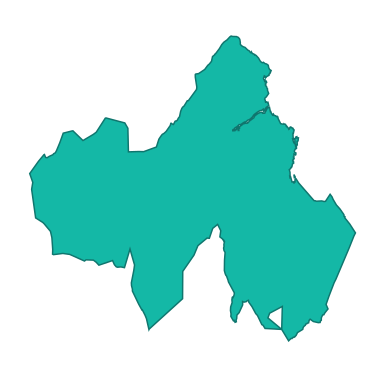 the district of Skien nor, Telemark, Norway, rotated 267°
{"feature_id": "86288312B28765776683305", "entity_name": "Skien nor", "entity_type": "district", "adm_level": 2, "iso_a3": "NOR", "parent_name": "Norway", "parent_adm1": "Telemark", "projection": "robinson", "projection_center": [9.524, 59.266], "detail": "fine", "context": "isolated", "style": "filled", "palette": "teal", "viewbox_px": 384, "rotation_deg": 267, "n_neighbors": 0, "source": "geoboundaries", "source_scale": "gbopen_adm2", "svg_char_len": 6052}
<svg xmlns="http://www.w3.org/2000/svg" viewBox="0 0 384 384"><g transform="rotate(267 192 192)"><path d="M259.3,76.3L259.2,75.1L257.5,66.5L248.2,62.6L240.5,58.9L238.3,57.6L237.5,55.9L236.5,55.0L235.1,51.4L233.8,49.1L234.2,47.6L237.2,46.6L237.0,46.1L230.7,40.3L218.9,30.9L209.9,33.5L203.1,32.0L174.3,34.5L169.4,41.4L168.0,42.7L160.1,48.6L153.7,49.7L141.9,49.9L137.2,49.5L136.7,50.4L137.4,59.8L136.1,66.6L128.7,81.0L129.8,82.7L129.1,90.0L127.0,92.5L123.8,95.2L127.7,109.1L123.5,110.7L121.3,112.4L120.8,113.6L120.9,117.1L120.0,120.6L138.3,127.1L122.1,130.8L116.9,129.8L104.5,126.7L101.6,126.7L98.2,127.4L96.2,127.3L82.8,132.9L76.8,135.8L77.0,136.2L71.3,138.7L67.9,139.9L56.9,141.8L57.3,142.0L85.9,177.0L113.2,178.6L128.9,190.7L138.1,195.1L145.2,204.6L144.9,206.9L154.6,210.8L158.3,215.9L151.8,218.7L145.7,217.5L143.4,220.1L142.7,220.3L142.6,220.8L141.6,221.1L141.9,221.3L140.8,221.9L138.0,221.1L135.8,221.1L134.4,220.6L131.9,220.9L129.9,221.9L122.3,220.9L111.8,220.2L108.6,220.9L107.2,221.4L106.2,222.1L102.0,223.4L100.3,223.7L89.1,229.0L87.1,228.7L85.4,228.0L84.4,227.4L84.9,226.9L84.7,226.7L82.2,226.2L79.5,226.3L75.2,224.6L71.6,224.2L68.3,224.6L65.7,224.3L61.2,226.6L61.6,227.3L59.6,228.2L60.1,229.5L61.7,229.3L63.2,230.0L66.7,230.4L69.0,232.7L76.2,236.5L76.8,236.7L80.0,236.8L79.3,238.2L79.7,240.5L80.5,241.4L80.9,242.7L78.9,243.0L74.4,245.9L67.2,249.3L65.3,250.9L55.9,254.8L55.2,256.0L51.9,257.8L50.1,274.4L38.3,280.7L40.3,282.9L40.6,283.6L40.4,284.1L41.5,285.3L41.5,285.8L42.0,286.6L41.8,286.9L43.4,288.5L46.1,290.0L49.0,295.4L50.8,295.9L51.9,296.7L53.0,298.2L54.2,298.8L54.4,299.8L55.0,300.3L55.2,301.6L57.8,302.3L58.8,303.3L56.3,306.4L54.9,311.3L55.0,313.1L56.6,313.6L57.1,314.4L59.6,314.6L61.6,315.6L62.6,316.4L62.5,317.2L64.4,318.4L68.1,321.7L72.7,320.0L81.0,323.4L94.0,329.2L97.3,331.1L127.9,346.0L139.6,351.4L142.6,353.1L151.7,347.9L158.1,343.3L159.3,343.5L159.6,343.1L159.4,342.8L159.6,342.6L161.4,342.5L162.1,342.1L167.4,338.8L171.5,335.5L177.3,332.5L179.8,331.6L182.5,329.8L175.7,324.8L175.6,323.4L176.3,321.1L176.3,315.6L176.7,314.9L177.0,313.4L195.4,299.0L199.7,296.6L199.4,295.8L199.0,295.5L196.7,295.4L196.9,294.7L195.7,294.3L195.9,294.0L196.8,294.1L196.8,292.4L201.8,291.3L201.2,290.6L202.9,290.4L202.9,290.8L206.5,290.9L209.3,290.3L210.1,291.6L211.1,292.0L211.2,292.5L212.0,292.7L212.0,293.1L214.8,293.8L215.1,294.4L215.6,294.4L215.6,295.0L217.0,295.0L217.6,294.2L218.4,294.2L218.4,294.6L219.2,294.8L219.2,295.2L220.3,295.2L220.3,295.6L221.4,295.2L221.4,295.6L224.5,295.8L223.6,297.4L224.2,297.7L225.6,297.8L226.1,296.7L227.5,296.3L229.7,297.5L229.6,297.8L230.0,298.6L230.5,298.7L231.9,298.4L231.7,297.9L233.9,297.7L233.9,298.1L232.9,298.4L232.8,299.0L233.6,299.2L233.6,299.6L236.9,299.6L236.9,300.1L237.7,300.6L240.5,301.1L240.5,299.8L241.8,299.6L241.4,298.5L240.3,298.5L240.1,297.7L239.4,297.4L235.0,297.5L235.0,297.1L235.6,297.1L235.8,296.2L239.7,295.3L239.5,296.2L240.0,296.4L240.0,296.0L241.7,295.8L245.3,295.9L245.3,296.3L248.6,297.2L248.9,296.7L249.7,296.5L250.0,295.9L250.6,295.9L251.1,294.4L251.8,294.1L251.5,293.2L249.8,292.5L249.5,292.0L251.1,291.6L250.7,291.5L252.9,290.0L252.6,289.7L254.7,288.9L254.8,288.0L255.3,287.4L255.0,287.3L254.9,286.7L255.6,284.1L260.7,281.9L262.5,281.6L262.7,280.8L263.2,280.8L263.2,279.8L263.8,279.4L264.2,278.1L265.5,277.4L264.6,276.9L265.2,276.5L264.9,276.3L266.4,275.4L268.2,274.9L268.1,274.5L272.6,273.8L271.7,271.5L268.8,269.9L268.3,269.2L267.5,269.1L267.0,268.6L267.2,268.4L266.9,268.5L266.9,266.9L267.6,267.0L267.6,266.1L267.8,265.4L267.8,264.1L266.9,262.0L264.9,258.8L262.8,257.6L260.0,253.3L258.6,251.9L258.5,251.3L257.9,251.2L257.7,250.5L257.9,250.4L258.0,249.7L257.2,246.3L255.9,244.9L255.5,243.9L254.6,243.0L254.1,242.9L253.5,242.4L253.0,242.7L252.4,241.8L251.0,242.0L251.0,241.4L253.0,241.6L254.0,242.1L254.8,241.9L253.8,240.3L252.7,239.6L252.4,239.7L252.7,240.0L252.2,239.9L251.7,239.1L251.9,238.8L251.0,238.2L251.0,237.9L251.6,238.1L251.4,237.3L251.7,237.2L250.9,236.2L251.0,235.9L251.8,235.9L252.4,236.6L252.5,237.5L253.6,238.0L255.1,240.6L256.9,242.6L256.7,243.9L259.1,248.0L259.2,249.1L260.0,250.6L260.6,251.0L261.7,253.8L263.8,256.3L265.9,257.9L268.4,261.5L269.8,264.3L269.7,265.5L271.0,267.4L269.1,267.6L269.2,268.4L270.5,269.3L270.8,269.1L272.6,270.6L274.3,273.2L277.4,272.6L277.2,272.3L277.6,272.2L278.3,270.7L277.7,270.5L277.7,270.2L280.2,269.8L280.8,269.4L282.0,269.8L283.1,271.2L286.4,273.7L289.6,272.7L291.1,272.8L291.5,272.4L293.5,271.9L294.2,271.1L294.9,271.3L294.9,271.0L296.1,270.9L297.5,272.3L298.0,272.2L298.3,272.1L298.0,271.8L298.2,271.2L298.9,271.3L298.9,270.8L299.8,270.8L299.3,270.4L299.9,270.4L299.8,270.1L300.4,270.0L300.7,269.5L301.8,269.3L304.2,270.3L303.8,270.9L303.1,270.8L302.1,271.4L302.9,272.2L303.2,272.2L304.5,275.0L305.4,275.0L306.2,276.0L307.8,276.5L307.6,276.7L309.2,277.4L310.3,275.9L312.1,275.1L314.5,274.8L314.9,274.5L315.9,273.2L316.5,271.5L317.8,270.1L317.4,269.1L317.9,268.1L319.5,266.8L322.2,265.5L325.0,263.2L325.5,262.4L325.4,262.0L325.9,261.9L325.9,261.5L326.5,261.1L327.1,259.6L328.7,258.7L328.0,258.5L328.0,257.9L330.2,256.3L330.7,255.2L333.6,252.6L334.4,250.7L335.7,248.9L337.2,247.9L338.4,248.1L341.5,247.8L342.6,247.4L344.0,246.3L344.9,244.5L345.2,240.8L345.7,239.2L345.0,238.0L342.1,235.0L339.9,231.6L337.6,229.4L333.8,226.9L329.0,222.9L328.3,221.9L327.8,221.8L326.2,219.6L321.5,218.3L318.9,216.0L317.7,214.4L313.7,211.1L309.9,204.8L309.6,201.9L309.4,201.6L309.0,201.4L306.5,201.3L296.5,202.3L294.2,201.9L283.6,193.3L283.3,192.8L283.4,192.1L278.3,188.6L277.3,187.2L276.0,186.2L273.2,184.9L267.9,183.5L266.3,182.1L264.6,181.2L263.7,180.1L263.8,179.5L263.5,178.8L260.4,177.0L260.5,176.5L261.8,174.7L261.6,174.4L259.6,173.8L253.8,169.3L252.0,167.1L251.1,165.3L249.2,163.7L246.5,161.7L238.8,158.8L234.8,145.8L235.2,140.9L235.4,130.6L259.0,131.3L264.5,128.5L270.4,110.1L270.3,109.3L256.7,99.5L254.6,96.3L249.1,85.8L259.3,76.3ZM50.1,274.4L62.3,261.2L66.9,263.2L73.0,276.2L50.1,274.4ZM204.1,294.7L200.9,294.9L200.9,295.3L201.5,295.3L201.2,295.8L201.5,295.9L204.1,294.7Z" fill="#14b8a6" stroke="#0f766e" stroke-width="1.5"/></g></svg>